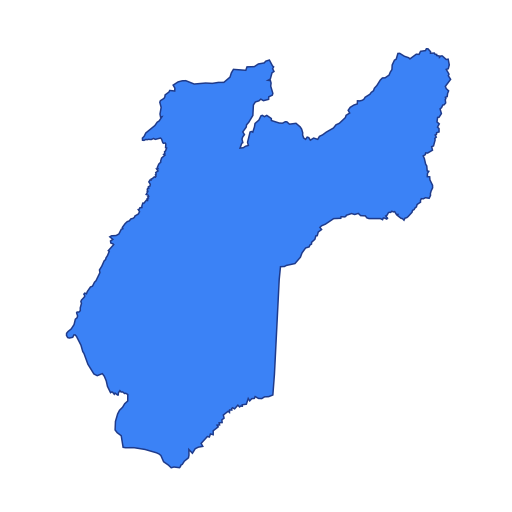 the district of Kailahun, Eastern, Sierra Leone, rotated 3°
{"feature_id": "65957751B248885957650", "entity_name": "Kailahun", "entity_type": "district", "adm_level": 2, "iso_a3": "SLE", "parent_name": "Sierra Leone", "parent_adm1": "Eastern", "projection": "orthographic", "projection_center": [-10.677, 8.06], "detail": "fine", "context": "isolated", "style": "filled", "palette": "blue", "viewbox_px": 512, "rotation_deg": 3, "n_neighbors": 0, "source": "geoboundaries", "source_scale": "gbopen_adm2", "svg_char_len": 6032}
<svg xmlns="http://www.w3.org/2000/svg" viewBox="0 0 512 512"><g transform="rotate(3 256 256)"><path d="M185.1,471.0L190.7,471.4L191.6,470.2L191.8,468.9L193.3,467.9L195.2,464.6L199.1,461.1L199.5,458.4L199.1,452.8L202.8,456.3L205.4,451.6L208.5,449.9L212.8,448.9L211.0,446.0L216.9,438.8L218.9,439.2L219.8,436.1L222.6,436.7L222.4,432.8L227.2,428.6L226.0,427.0L228.5,426.6L227.9,424.5L230.9,424.1L230.5,421.4L232.6,419.6L231.7,416.5L236.3,412.5L237.7,413.6L237.7,411.1L239.9,411.1L239.7,409.6L240.6,408.8L242.6,409.8L245.7,405.9L247.5,407.6L248.5,406.7L250.2,406.7L250.0,405.3L254.1,404.5L255.7,398.7L257.3,401.0L259.2,398.7L261.8,398.3L262.5,396.4L265.9,398.1L269.2,398.1L271.9,396.2L276.0,395.8L280.1,393.9L280.6,373.3L280.4,278.4L281.0,265.4L284.9,265.0L286.9,263.8L295.3,261.5L300.4,254.9L301.8,250.5L305.1,245.4L308.6,244.1L309.2,242.3L310.8,241.2L310.8,239.4L313.9,236.3L314.7,232.8L316.1,232.5L316.9,228.8L320.1,226.1L318.3,224.1L319.9,222.4L323.6,220.6L331.6,214.6L338.7,213.9L338.9,212.3L342.6,212.3L343.6,211.7L344.1,210.6L349.2,208.6L352.4,209.4L355.9,208.1L358.4,210.2L363.1,210.2L364.7,212.1L366.8,212.7L378.2,212.1L380.5,213.1L381.1,211.4L382.5,211.4L384.6,212.3L385.4,211.4L383.5,209.2L384.8,208.3L385.8,206.1L386.6,205.4L388.2,205.4L389.3,204.2L390.9,204.8L392.1,204.4L394.0,207.1L395.4,207.1L394.8,207.9L398.9,210.8L400.3,211.0L401.9,212.5L402.8,210.4L404.6,209.8L405.8,208.7L409.5,204.2L409.9,202.3L411.5,201.3L412.2,199.8L413.6,198.6L414.2,196.1L417.5,193.6L417.3,192.0L418.1,190.1L420.1,190.1L422.2,188.9L425.9,189.3L427.1,186.4L426.9,184.5L427.5,181.8L428.8,178.7L428.6,176.1L425.7,170.9L425.3,167.8L422.9,167.8L422.9,164.5L424.1,162.4L422.5,162.0L421.8,157.1L420.6,155.4L419.0,149.8L417.7,147.3L419.8,145.9L420.0,144.2L422.0,144.2L426.7,141.1L425.7,137.6L427.5,136.8L428.8,130.8L428.4,129.2L429.8,127.9L428.6,125.8L429.8,125.2L429.9,123.4L432.3,122.5L432.1,119.2L430.5,117.8L432.1,114.5L429.7,112.6L430.1,108.1L431.5,107.9L433.7,104.1L432.1,99.4L433.5,98.2L434.6,95.5L436.0,95.1L437.4,93.2L436.8,89.9L437.4,88.9L436.8,87.6L438.6,86.8L438.8,83.7L439.7,81.0L437.2,78.9L436.2,76.7L441.1,69.4L438.6,65.9L439.2,64.3L436.2,59.7L438.2,58.9L439.0,55.0L437.6,49.4L435.7,49.8L431.6,46.5L430.2,46.5L428.8,48.0L428.6,46.7L425.9,46.3L425.9,45.3L424.1,45.1L423.5,44.0L419.6,44.4L419.6,42.8L416.9,40.1L415.3,40.1L414.5,42.0L409.6,43.0L408.3,46.1L405.5,46.1L399.4,51.1L398.1,50.0L393.8,48.8L388.9,46.1L387.1,46.3L385.7,52.1L384.0,53.2L382.0,58.1L382.0,62.7L380.5,65.3L379.4,68.4L375.6,71.3L372.9,71.6L370.9,73.8L367.8,79.4L365.4,82.3L364.7,84.8L362.5,86.6L361.3,88.5L356.6,91.8L355.8,93.5L354.1,94.9L351.5,95.7L349.2,95.7L349.2,98.8L345.9,100.1L342.3,102.6L340.4,105.7L342.1,108.3L338.6,110.8L338.0,113.1L332.3,119.1L329.0,120.8L326.7,124.1L319.7,128.6L316.2,131.5L313.1,133.2L311.5,136.3L307.4,135.2L304.2,137.5L302.5,135.0L300.9,134.6L299.4,136.9L297.4,135.6L296.2,132.7L296.2,130.5L294.9,126.8L293.3,124.7L289.0,121.4L282.5,122.6L279.8,120.4L278.2,120.4L275.5,122.0L272.3,122.0L264.3,119.9L264.1,117.9L259.4,115.0L257.1,116.4L254.9,115.2L253.6,115.8L251.8,120.1L248.1,123.7L247.7,127.2L246.3,132.5L245.1,131.9L243.6,132.5L241.6,142.9L242.6,146.0L239.7,147.0L237.7,148.5L234.4,149.1L235.9,144.1L236.9,143.5L235.9,140.0L236.5,137.8L238.1,135.4L236.3,132.8L239.5,127.8L239.7,125.5L241.8,122.8L245.5,115.8L245.5,105.3L247.3,102.2L250.8,100.9L252.6,99.1L255.3,100.5L260.4,98.9L260.4,96.4L263.9,94.5L264.3,92.7L261.8,85.6L262.0,82.5L261.2,80.1L258.8,79.9L261.0,78.6L262.4,72.2L264.3,70.8L262.8,68.1L263.7,66.2L262.6,65.4L259.1,59.6L255.6,60.9L254.0,62.8L248.3,64.1L244.4,67.0L237.1,67.6L236.1,71.1L223.7,70.8L221.8,74.4L220.7,78.7L214.8,84.3L209.4,84.6L203.4,85.9L196.7,85.9L185.3,87.5L176.7,84.6L173.2,84.9L169.1,86.2L164.3,89.7L166.2,92.6L166.2,95.5L161.2,95.2L160.5,96.8L156.8,99.9L156.7,101.7L155.9,103.4L152.4,105.9L151.9,107.5L153.5,112.6L152.7,119.2L153.4,122.2L154.8,121.8L152.3,126.1L150.3,127.6L148.2,131.0L139.5,138.9L138.0,142.4L136.4,144.2L136.6,146.3L138.1,146.4L140.0,145.3L141.1,145.6L142.4,145.1L145.2,145.2L147.6,144.0L149.3,144.8L154.5,143.2L155.6,144.3L156.9,147.5L157.6,148.3L159.4,147.9L160.1,148.9L160.0,152.5L161.1,152.8L160.1,155.9L159.2,156.7L159.6,158.5L158.5,159.3L159.8,160.0L156.6,163.1L155.8,166.2L156.0,167.2L154.1,169.3L152.8,172.8L153.6,173.9L152.1,174.2L153.7,176.2L151.5,177.9L152.0,179.5L151.3,180.2L152.0,181.4L151.4,182.6L150.3,182.3L148.2,184.3L147.3,184.6L147.2,185.7L146.2,185.6L145.1,187.6L146.7,189.9L146.5,191.6L144.9,192.5L145.3,194.0L144.5,194.0L143.9,195.0L144.4,196.1L143.9,196.9L144.6,197.3L143.1,200.3L145.1,200.9L145.7,202.1L144.8,202.6L145.6,203.7L144.3,204.6L145.0,205.4L144.8,206.3L143.7,205.9L141.3,209.1L140.2,209.1L139.4,212.1L139.5,213.6L137.6,213.8L136.8,215.6L136.0,215.8L137.4,217.9L136.3,220.2L133.0,222.4L132.5,223.8L131.3,224.8L129.1,225.5L127.6,227.6L125.6,228.4L123.6,230.5L121.0,234.5L121.6,235.7L120.1,236.3L117.9,241.2L115.2,242.9L110.6,243.4L109.0,244.5L112.2,246.9L109.9,248.6L110.3,250.6L112.6,251.4L113.3,252.1L108.2,258.4L109.2,259.1L107.6,263.5L106.3,265.7L106.0,267.4L104.6,268.8L102.5,274.3L100.4,278.1L101.0,280.8L97.5,289.1L96.1,290.6L94.3,294.7L92.3,295.6L89.4,300.3L88.7,302.6L87.0,302.0L86.1,303.1L86.8,303.9L87.0,305.6L84.0,309.2L83.5,310.7L84.2,312.4L83.2,317.0L83.4,319.8L82.0,321.3L80.3,321.3L79.8,322.1L81.0,325.2L80.6,327.0L78.9,328.6L77.9,334.0L75.3,338.5L72.3,341.2L70.9,343.1L70.9,345.2L72.2,347.3L73.9,347.7L77.2,346.8L78.3,344.3L79.4,344.2L80.9,345.6L85.9,354.3L88.0,360.5L89.3,362.3L93.8,372.9L100.3,382.3L103.7,383.8L108.7,381.5L110.8,384.0L113.0,388.6L114.5,394.0L117.9,400.1L118.8,399.4L119.9,399.5L121.7,401.5L122.4,400.3L125.1,402.1L125.7,402.0L125.7,400.0L127.1,397.6L128.4,398.9L129.9,398.7L132.0,400.2L133.1,399.9L135.2,401.0L135.5,407.5L132.6,410.4L130.7,414.0L127.8,417.2L126.1,420.9L124.3,428.5L124.4,437.1L126.6,439.7L130.8,442.5L133.3,454.0L135.8,454.3L144.3,453.8L155.3,455.0L166.8,457.7L169.4,458.7L171.4,460.1L174.5,466.3L179.5,469.4L182.4,471.9L185.1,471.0Z" fill="#3b82f6" stroke="#1e3a8a" stroke-width="1.5"/></g></svg>